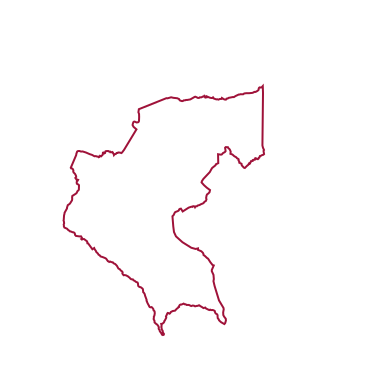 outline of Açailândia, Maranhão, Brazil, rotated 132°
{"feature_id": "56859067B88917443865419", "entity_name": "Açailândia", "entity_type": "district", "adm_level": 2, "iso_a3": "BRA", "parent_name": "Brazil", "parent_adm1": "Maranhão", "projection": "robinson", "projection_center": [-47.274, -4.703], "detail": "fine", "context": "isolated", "style": "outline", "palette": "rose", "viewbox_px": 384, "rotation_deg": 132, "n_neighbors": 0, "source": "geoboundaries", "source_scale": "gbopen_adm2", "svg_char_len": 6101}
<svg xmlns="http://www.w3.org/2000/svg" viewBox="0 0 384 384"><g transform="rotate(132 192 192)"><path d="M110.3,170.8L70.9,205.5L65.9,210.3L67.8,210.3L68.5,210.9L68.8,211.6L69.6,211.9L70.4,211.7L71.0,211.2L71.9,210.8L73.7,211.2L75.2,211.8L75.9,212.7L76.9,212.9L78.1,213.6L80.4,215.7L82.4,217.9L83.8,219.1L85.2,219.4L86.9,221.4L87.8,221.9L88.3,222.5L91.4,223.8L93.5,224.4L94.0,225.1L97.7,227.9L98.7,228.0L99.5,228.8L100.6,228.6L101.2,229.2L101.7,230.3L102.1,232.7L103.0,232.3L104.3,233.6L105.6,234.1L106.2,235.3L106.9,235.9L107.9,238.2L107.6,239.7L108.6,239.8L109.2,240.5L110.0,241.9L111.0,244.8L111.5,244.2L112.8,245.2L112.3,246.0L112.3,246.7L112.9,246.3L113.3,247.6L114.3,247.9L115.7,248.6L116.3,249.5L117.3,249.7L118.1,250.5L118.9,253.2L119.4,253.6L124.3,255.2L127.0,257.3L127.5,258.0L128.5,258.5L129.5,259.5L130.6,259.7L131.3,260.5L132.0,262.1L131.9,263.2L131.6,263.8L132.2,265.7L134.5,268.9L135.6,270.9L138.8,272.9L139.4,273.8L166.0,286.9L168.6,285.2L169.4,283.6L171.6,281.5L174.7,278.9L175.9,278.6L176.5,278.9L177.4,279.7L178.1,281.8L178.6,282.2L179.4,282.3L181.5,281.3L182.1,280.8L182.7,278.9L182.6,275.2L206.1,270.7L209.6,270.4L210.4,270.6L210.8,271.7L212.0,273.3L212.8,273.4L213.4,274.1L214.9,274.1L215.6,274.8L216.8,274.7L216.1,275.8L216.0,276.6L215.6,277.2L215.6,278.0L216.3,278.3L216.6,278.9L217.1,279.3L216.8,280.0L217.4,280.6L217.6,281.7L219.2,283.3L219.9,283.5L221.2,282.7L222.0,283.0L221.9,284.2L222.4,284.5L224.0,283.3L226.3,283.4L226.7,284.6L228.0,284.3L228.6,284.6L228.5,285.5L229.1,286.1L229.7,287.5L230.7,288.4L231.3,291.1L232.3,293.3L233.6,297.2L235.0,300.3L236.3,301.7L236.7,302.8L237.2,303.5L238.2,304.3L238.8,304.4L241.0,303.5L242.0,302.8L255.1,298.3L255.3,297.5L254.8,296.9L254.7,295.9L255.3,294.6L256.0,294.2L256.7,293.1L256.8,291.1L257.5,289.2L258.3,288.1L259.6,288.1L259.9,287.0L259.8,286.3L259.2,284.8L260.1,284.6L260.5,285.3L261.6,284.3L262.2,284.0L262.9,283.1L262.5,281.4L262.6,280.5L265.9,277.7L266.8,277.5L268.0,277.7L269.8,277.1L271.0,277.2L275.0,278.3L276.1,277.6L277.4,276.3L278.5,275.6L282.0,275.0L282.9,275.0L284.9,275.5L287.3,274.4L287.9,273.9L292.7,272.8L293.5,272.2L294.9,271.5L298.5,268.7L299.1,268.4L299.6,267.5L300.8,266.1L302.0,265.6L302.4,265.0L303.3,264.2L303.8,263.0L302.9,260.3L303.1,258.2L302.8,257.2L302.9,256.3L302.4,255.6L301.8,253.8L301.3,253.2L301.0,252.1L301.5,250.9L302.1,250.3L302.3,248.9L300.3,245.9L299.2,244.8L299.9,242.5L301.0,242.8L301.0,242.0L300.1,241.7L299.2,240.7L298.9,236.9L300.1,235.4L299.7,234.8L301.2,227.7L299.1,227.2L299.7,226.0L300.1,224.0L300.6,223.1L300.7,220.7L301.1,219.6L300.8,218.0L301.1,216.9L300.2,215.0L299.2,212.3L299.0,211.1L299.7,208.2L299.3,207.5L299.4,206.7L298.4,206.2L298.1,205.1L297.5,204.2L297.2,203.4L297.5,202.7L296.9,200.8L297.1,198.4L298.1,195.6L297.7,193.6L298.0,192.6L297.8,190.8L298.1,189.8L299.0,189.4L299.4,188.5L299.6,187.1L298.9,186.6L298.1,185.3L297.5,183.0L297.6,182.2L297.4,181.3L297.6,180.0L297.5,178.8L296.5,177.4L296.8,176.4L296.4,175.3L296.3,173.5L295.7,171.9L296.1,171.0L297.4,169.6L297.8,169.0L297.8,167.9L297.5,167.0L297.1,166.5L297.0,165.7L296.9,164.0L297.3,163.2L299.1,161.2L299.1,160.3L299.5,158.9L300.5,157.4L302.5,153.6L303.3,153.0L303.4,152.3L304.0,151.5L305.0,148.9L305.2,148.0L305.7,147.2L305.8,146.4L305.4,145.6L304.7,145.2L304.5,144.4L304.9,142.4L305.7,141.3L305.6,140.5L306.0,139.6L307.2,138.4L309.1,137.2L310.1,137.0L311.2,136.0L312.0,135.6L312.4,135.0L312.6,134.2L312.9,133.6L314.0,132.5L314.0,129.9L313.8,129.1L314.3,126.9L314.9,126.0L315.5,125.7L316.1,124.9L316.3,123.7L317.0,122.8L317.6,119.9L318.1,119.0L317.8,117.9L317.1,117.5L316.3,117.8L315.8,119.7L314.8,120.9L314.3,122.7L313.5,123.4L313.2,124.0L312.7,124.6L311.9,124.9L310.6,126.6L309.9,125.9L307.9,125.6L307.0,125.8L306.5,126.2L305.7,126.2L302.7,127.0L302.2,127.5L301.9,128.1L300.4,128.5L298.8,129.1L298.1,129.1L297.7,128.4L297.6,127.4L296.9,127.1L295.3,127.4L293.4,126.7L291.5,125.2L288.9,125.2L287.7,124.9L286.7,125.1L286.1,124.7L285.6,125.2L284.2,125.5L283.3,125.2L282.7,124.5L280.5,123.5L280.4,122.4L279.9,121.9L279.6,121.2L279.6,120.5L278.0,118.7L277.3,116.3L275.9,115.5L275.2,114.5L274.9,113.2L273.4,112.2L272.7,111.5L271.8,111.2L271.3,110.7L271.3,109.8L270.8,107.4L270.6,105.8L269.0,104.8L269.2,103.7L268.4,100.8L268.1,100.1L267.3,99.8L267.0,98.8L265.8,97.6L265.4,96.6L265.2,95.5L266.2,94.0L266.4,92.8L266.1,91.8L266.2,91.1L266.7,90.3L267.5,89.6L268.6,88.3L268.7,87.1L269.2,86.1L269.3,85.2L269.3,83.3L268.5,79.6L267.3,79.6L264.8,80.8L263.6,82.1L263.1,84.8L262.5,86.4L260.6,88.3L258.0,89.9L257.1,91.0L254.5,99.4L246.8,112.2L243.9,116.4L242.1,117.5L239.2,120.6L237.6,124.3L236.7,125.1L232.0,126.7L232.5,127.9L231.9,131.4L230.9,135.0L230.8,135.7L231.0,136.7L230.9,139.5L231.1,141.3L230.5,141.9L229.9,143.2L229.8,145.4L231.0,148.9L229.9,149.8L231.9,151.2L233.9,155.2L235.7,165.5L235.7,174.2L233.8,178.6L230.1,182.9L223.1,190.3L221.6,190.2L218.8,191.0L218.1,191.0L215.5,189.7L214.5,189.5L213.5,189.9L212.6,189.7L211.8,189.1L212.7,185.9L205.8,184.0L204.2,183.1L203.3,182.6L202.7,181.7L202.1,181.8L201.5,181.3L201.0,180.4L201.3,179.6L200.4,179.8L199.3,178.8L198.4,178.8L196.5,177.6L195.6,177.4L193.1,176.2L191.7,176.0L191.0,176.2L189.4,175.7L187.8,176.3L187.0,177.5L184.9,178.8L183.8,179.2L182.4,178.9L180.5,178.8L178.5,179.9L178.9,184.0L178.9,187.6L178.5,191.3L177.3,191.9L174.7,192.3L165.3,192.1L161.9,192.9L160.6,193.1L156.4,192.4L155.5,192.8L153.0,191.8L146.5,197.9L144.9,195.5L144.2,195.0L142.3,195.0L140.4,194.3L139.1,194.4L137.0,197.0L136.1,197.0L134.7,195.3L135.0,194.8L135.1,194.1L135.0,193.2L135.3,192.0L136.1,190.3L137.9,189.0L137.1,187.1L137.1,184.5L136.6,182.4L136.8,181.0L136.5,180.0L136.5,179.2L137.4,178.6L137.8,177.1L138.6,176.5L137.9,174.1L138.9,172.8L139.2,169.7L138.8,168.8L135.3,168.6L134.7,168.4L132.5,168.7L132.5,168.0L131.8,168.0L131.1,168.4L130.4,168.4L129.7,168.8L128.3,167.7L127.6,168.2L127.0,167.9L126.0,166.9L125.4,167.0L124.8,167.6L124.2,167.3L124.0,165.6L123.5,165.0L122.6,164.9L122.0,165.3L121.2,165.0L119.9,165.6L119.4,165.2L117.4,164.5L116.6,163.9L115.6,163.8L113.9,166.0L113.3,166.5L112.6,166.6L111.6,168.9L110.3,170.8Z" fill="none" stroke="#9f1239" stroke-width="2"/></g></svg>